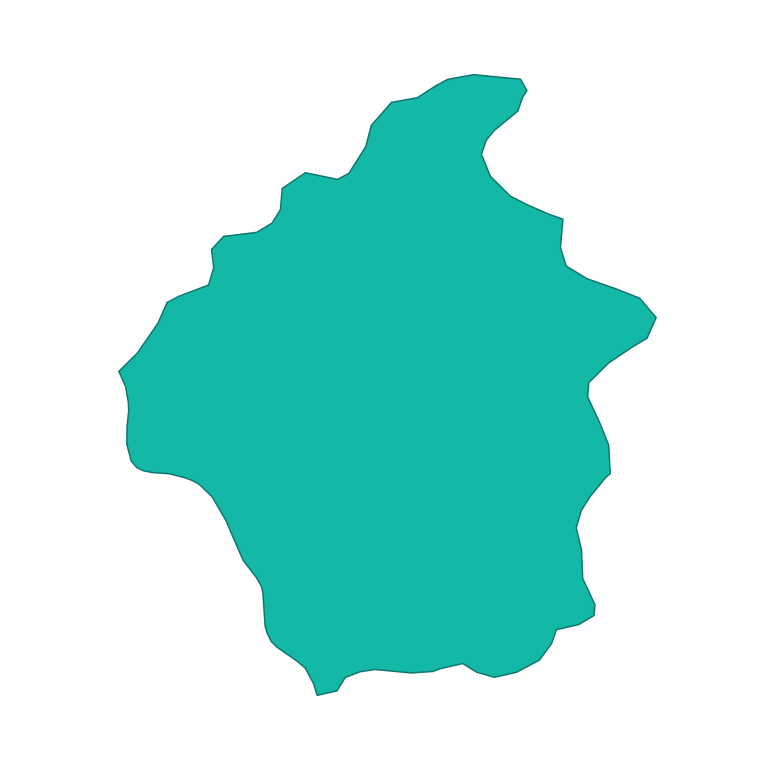 Tongsin, Chagang-do, North Korea, rotated 95°
{"feature_id": "82179303B24749722055654", "entity_name": "Tongsin", "entity_type": "district", "adm_level": 2, "iso_a3": "PRK", "parent_name": "North Korea", "parent_adm1": "Chagang-do", "projection": "robinson", "projection_center": [126.481, 40.221], "detail": "fine", "context": "isolated", "style": "filled", "palette": "teal", "viewbox_px": 768, "rotation_deg": 95, "n_neighbors": 0, "source": "geoboundaries", "source_scale": "gbopen_adm2", "svg_char_len": 1470}
<svg xmlns="http://www.w3.org/2000/svg" viewBox="0 0 768 768"><g transform="rotate(95 384 384)"><path d="M394.6,649.3L395.1,648.9L409.4,641.1L424.6,637.1L433.1,636.0L448.9,636.3L466.6,634.9L483.0,629.0L488.7,623.1L491.5,615.7L492.4,607.2L492.1,590.2L494.8,574.0L496.9,566.6L499.7,559.9L511.2,545.5L533.1,530.0L571.9,509.0L588.0,494.2L595.9,488.7L602.3,486.5L635.7,481.3L642.4,478.7L650.3,473.9L655.7,467.3L668.5,445.1L673.9,437.7L687.5,428.8L689.1,427.8L700.0,423.4L697.3,415.1L693.9,404.2L679.7,397.0L672.7,382.6L669.2,368.1L669.3,353.6L669.5,331.9L666.1,310.2L662.6,302.9L655.6,281.2L662.9,266.8L666.6,248.6L659.6,226.9L645.6,205.2L627.9,194.4L613.7,190.8L606.7,169.1L596.2,154.6L585.5,154.6L560.5,169.1L532.0,172.8L510.6,180.0L492.8,176.4L478.6,169.2L457.4,154.7L453.6,150.8L425.4,154.8L404.0,165.6L378.9,180.1L364.7,180.1L343.5,162.1L325.9,140.4L315.4,125.9L294.1,118.7L276.2,136.8L268.8,162.1L261.4,191.1L250.6,212.8L232.7,220.1L218.5,220.1L204.2,220.1L200.5,234.6L193.2,256.3L185.9,274.4L167.9,296.1L146.5,307.0L132.3,303.4L121.7,296.2L118.1,292.5L114.6,288.9L100.5,274.5L86.3,270.9L79.2,267.2L68.5,274.5L68.3,296.2L68.0,321.5L74.9,346.9L81.9,357.7L95.9,375.8L102.8,401.1L127.5,419.2L148.9,422.8L177.2,437.3L184.2,448.1L180.4,480.7L198.0,502.4L219.3,502.4L233.5,509.6L244.1,524.1L250.9,556.6L265.0,567.5L282.9,563.8L300.7,567.4L307.7,581.9L314.7,596.4L321.7,607.2L343.0,614.4L374.9,632.5L394.6,649.3Z" fill="#14b8a6" stroke="#0f766e" stroke-width="1.5"/></g></svg>